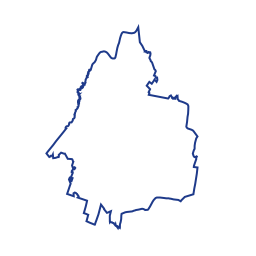 outline of Ostuacán, Chiapas, Mexico, rotated 10°
{"feature_id": "50627088B96249830880430", "entity_name": "Ostuacán", "entity_type": "district", "adm_level": 2, "iso_a3": "MEX", "parent_name": "Mexico", "parent_adm1": "Chiapas", "projection": "equal_earth", "projection_center": [-93.473, 17.447], "detail": "fine", "context": "isolated", "style": "outline", "palette": "blue", "viewbox_px": 256, "rotation_deg": 10, "n_neighbors": 0, "source": "geoboundaries", "source_scale": "gbopen_adm2", "svg_char_len": 5528}
<svg xmlns="http://www.w3.org/2000/svg" viewBox="0 0 256 256"><g transform="rotate(10 128 128)"><path d="M137.3,227.8L137.3,227.5L136.8,224.3L137.1,221.8L137.1,218.8L136.6,215.1L136.6,213.6L139.9,211.5L141.5,210.9L146.6,209.4L148.0,208.5L149.3,207.9L150.1,207.4L152.4,206.6L155.9,205.1L157.1,205.1L158.7,205.5L159.1,205.8L161.7,205.1L162.4,203.9L162.8,202.7L163.2,201.9L165.0,196.4L165.8,194.5L167.3,192.2L168.4,191.5L171.9,190.9L175.4,190.7L178.1,190.6L180.1,190.2L181.7,190.3L182.3,190.2L185.3,190.4L190.1,190.1L192.6,191.0L193.2,189.8L195.9,186.0L203.9,181.9L203.8,175.8L203.9,171.6L203.7,161.0L203.3,154.8L199.6,155.0L199.5,153.8L200.6,146.8L200.5,146.6L200.4,145.8L200.5,145.0L201.0,143.4L200.2,144.4L198.5,145.1L197.6,144.3L197.2,143.8L196.8,142.8L196.3,142.1L196.4,140.8L196.6,139.2L196.8,138.1L197.2,137.0L196.7,133.9L196.6,130.9L197.0,126.4L197.9,124.3L193.4,120.0L192.6,119.3L191.0,118.7L187.0,118.1L185.8,117.4L185.2,116.5L185.1,111.7L184.7,106.7L184.7,103.6L184.2,99.5L183.7,96.3L183.4,95.5L182.6,94.4L180.7,93.7L178.8,93.2L176.8,92.8L173.5,92.4L172.8,91.5L172.0,91.1L171.2,87.9L170.5,88.6L170.2,88.1L169.1,89.7L169.6,90.7L169.6,90.9L169.4,91.1L168.5,91.0L168.0,90.7L167.9,91.1L167.3,91.4L166.1,90.7L166.1,90.0L165.4,89.5L164.6,88.5L163.5,89.4L163.0,91.0L162.4,92.0L142.7,91.7L143.0,89.9L142.1,89.2L143.0,85.9L139.1,83.1L141.0,78.9L143.7,80.3L145.1,77.3L145.7,75.7L148.1,77.6L148.6,75.6L147.9,73.3L146.6,73.7L146.0,72.1L144.5,71.8L145.5,67.2L144.7,66.1L143.8,65.6L140.6,59.8L140.2,59.2L139.5,58.6L138.9,58.3L138.5,57.4L136.9,55.3L137.1,53.7L137.3,52.9L137.3,52.1L137.3,51.0L136.8,49.8L136.3,50.1L135.7,49.6L134.7,49.6L134.5,50.6L134.2,50.7L133.5,50.3L133.0,50.3L132.7,49.8L131.5,49.8L131.9,49.1L131.1,49.2L127.8,44.6L124.8,41.5L120.6,27.0L119.4,30.7L118.5,32.3L117.7,33.1L116.3,33.7L115.1,34.1L112.5,34.3L109.9,34.2L106.9,34.3L106.2,34.7L105.7,35.4L105.4,36.1L104.9,38.5L104.6,41.1L104.4,45.8L103.9,48.1L103.6,50.8L103.5,55.1L103.5,57.5L103.3,60.7L103.0,61.4L102.7,61.8L100.9,62.2L99.6,62.0L98.7,61.4L95.5,58.4L94.5,57.6L93.6,57.1L92.5,56.8L92.0,56.7L91.1,56.7L90.5,56.8L89.6,57.3L88.2,57.8L87.7,58.1L87.3,58.7L86.9,59.2L86.2,60.6L85.1,63.0L84.9,63.8L84.7,65.8L84.5,66.9L83.7,69.0L82.9,70.0L82.1,71.1L81.8,72.0L81.2,77.3L81.0,77.5L80.2,77.2L79.7,77.4L79.6,77.7L79.6,77.9L79.7,78.0L80.3,77.9L80.5,78.0L80.0,79.1L79.7,79.4L79.2,79.6L79.1,79.8L79.5,80.4L79.7,81.1L79.8,81.4L79.7,81.5L79.5,81.4L79.4,80.6L79.1,80.5L79.0,81.2L79.2,82.5L79.4,82.9L79.4,83.0L78.8,83.2L78.4,83.8L78.4,84.1L78.5,84.2L78.9,84.1L79.1,84.4L79.4,84.7L79.5,84.9L79.4,85.0L79.0,84.9L78.9,84.9L78.6,85.2L78.3,86.5L77.9,87.6L77.9,88.0L78.0,88.6L77.9,90.0L78.2,90.4L78.3,90.6L77.8,92.2L77.8,92.8L77.5,92.8L77.2,92.7L76.9,92.8L76.7,92.7L76.7,92.3L77.2,92.0L77.4,91.7L76.8,91.8L76.3,91.6L75.9,91.8L75.3,91.5L75.2,91.7L75.3,91.9L76.1,92.6L76.4,93.5L76.9,94.1L76.8,94.3L76.4,94.1L76.3,94.8L76.5,95.5L76.1,95.7L76.2,96.3L75.9,96.6L75.5,96.4L75.2,95.7L75.4,94.7L74.8,95.1L74.3,96.1L74.3,96.6L74.5,96.8L75.1,96.7L75.2,96.9L74.6,97.8L74.6,98.6L74.5,98.8L74.1,98.8L73.1,98.2L72.5,98.7L72.1,98.8L71.8,98.7L71.7,98.8L71.6,99.0L72.1,99.4L72.0,99.8L72.1,100.3L72.6,100.2L72.1,101.1L72.0,101.3L72.1,101.6L72.4,101.8L72.8,101.8L73.5,102.1L73.3,102.6L73.2,103.3L73.3,103.7L73.6,103.8L74.1,103.5L73.7,104.2L73.8,104.4L74.1,104.6L74.3,104.9L74.6,105.1L75.3,105.1L75.3,105.4L74.7,105.8L74.8,106.2L74.9,106.5L75.2,106.7L75.3,106.0L76.0,106.8L76.0,107.5L76.0,107.8L75.3,108.6L75.0,108.2L74.5,108.6L74.6,109.2L75.3,109.4L75.5,109.6L75.5,109.8L75.2,109.9L74.4,109.5L74.2,109.7L74.1,110.0L74.4,111.9L74.5,112.0L74.7,111.9L74.8,111.2L75.1,111.1L75.2,111.4L74.9,112.5L75.0,112.6L75.5,112.1L75.6,112.7L75.5,112.9L75.0,112.9L74.9,113.1L74.9,113.4L75.4,114.3L75.5,114.8L75.3,115.4L75.2,116.0L74.8,116.2L75.0,116.6L75.0,117.0L74.9,117.3L74.8,117.5L74.6,117.6L74.3,118.4L73.3,119.5L73.7,120.2L73.7,120.4L73.2,122.1L73.3,122.9L73.0,123.5L73.2,123.8L72.9,124.2L73.3,125.0L73.3,125.3L73.5,125.4L73.4,125.8L73.6,127.0L73.2,127.9L72.3,128.6L72.2,129.3L72.3,130.2L71.9,131.2L71.5,131.8L71.5,132.2L71.2,132.4L69.8,132.6L69.4,132.9L69.2,133.9L69.4,134.5L69.1,135.6L68.9,136.1L68.6,136.5L68.2,136.8L67.2,137.0L66.7,137.8L66.5,138.3L66.5,138.9L66.9,139.5L67.1,139.5L64.9,143.6L59.5,153.3L57.4,157.5L53.0,165.4L52.1,167.2L55.5,170.2L56.3,169.5L56.7,169.5L56.8,168.9L56.9,168.7L58.2,168.6L58.3,168.4L58.6,167.2L59.6,170.7L61.8,170.0L63.6,169.0L64.3,168.4L64.7,169.5L64.8,167.6L64.5,166.5L66.4,163.9L69.5,164.4L70.3,164.2L74.0,168.8L77.7,168.4L78.5,168.5L79.0,169.2L79.6,170.4L80.0,170.6L79.4,174.6L80.6,176.8L82.0,175.9L82.6,176.1L83.0,176.5L82.4,177.9L81.3,177.9L80.1,180.1L80.2,181.1L81.0,180.8L81.4,181.7L80.5,185.9L81.4,186.9L82.1,187.0L81.6,190.1L80.6,190.0L81.3,187.3L79.6,186.7L79.3,186.9L78.8,188.9L81.2,192.8L80.9,194.3L79.5,203.5L86.4,204.6L85.7,201.8L86.8,200.8L88.1,201.1L88.7,201.6L89.3,201.8L89.8,202.6L90.3,202.8L90.6,203.3L91.3,203.9L91.1,204.5L90.6,205.2L100.3,206.7L100.3,207.8L100.0,212.8L99.3,219.5L101.3,219.8L103.9,220.4L103.4,226.1L103.3,227.0L106.8,227.9L109.7,228.5L111.9,229.0L112.2,228.9L112.4,226.9L112.8,224.9L113.9,218.2L114.7,208.1L118.5,211.6L118.5,212.1L122.0,215.2L123.3,214.5L123.9,214.0L125.6,212.9L125.3,217.6L126.4,223.4L126.6,224.0L127.0,223.3L127.4,223.6L128.2,223.8L128.8,223.7L129.2,224.1L130.4,224.1L130.5,224.4L132.3,226.0L132.4,225.7L132.5,225.1L132.9,226.0L133.7,226.6L134.3,226.4L135.1,226.7L134.6,227.4L134.7,227.7L135.2,228.0L135.5,228.3L135.6,227.7L135.9,227.7L136.2,227.3L137.3,227.8Z" fill="none" stroke="#1e3a8a" stroke-width="2"/></g></svg>